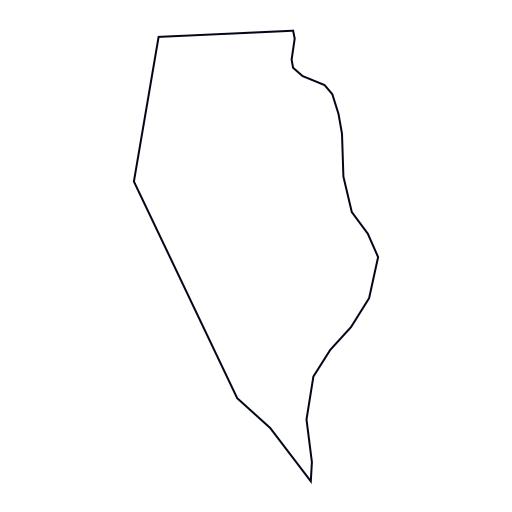 SVG path tracing the border of Fa'asaleleaga
{"feature_id": "WSM-4989", "entity_name": "Fa'asaleleaga", "entity_type": "state/province", "adm_level": 1, "iso_a3": "WSM", "parent_name": "Samoa", "parent_adm1": "", "projection": "albers", "projection_center": [-172.216, -13.68], "detail": "fine", "context": "isolated", "style": "outline", "palette": "ink", "viewbox_px": 512, "rotation_deg": 0, "n_neighbors": 0, "source": "natural_earth", "source_scale": "10m", "svg_char_len": 418}
<svg xmlns="http://www.w3.org/2000/svg" viewBox="0 0 512 512"><path d="M293.1,30.7L294.7,38.6L291.6,59.6L293.1,67.8L302.6,76.1L324.6,85.1L332.3,94.2L338.5,113.9L342.0,133.8L343.4,176.6L351.8,212.1L367.8,233.7L378.1,257.1L369.1,298.2L351.0,327.1L330.3,349.8L313.4,376.5L306.5,419.5L311.9,462.1L310.8,481.3L270.2,428.0L237.2,398.2L133.9,181.5L158.6,36.9L293.1,30.7Z" fill="none" stroke="#020617" stroke-width="2"/></svg>